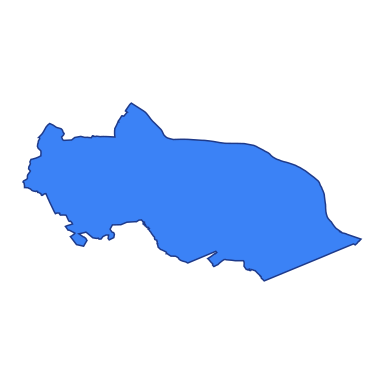 Ābeļu pag., Jekabpils, Latvia
{"feature_id": "27541924B70311937188190", "entity_name": "Ābeļu pag.", "entity_type": "district", "adm_level": 2, "iso_a3": "LVA", "parent_name": "Latvia", "parent_adm1": "Jekabpils", "projection": "natural_earth1", "projection_center": [25.924, 56.435], "detail": "fine", "context": "isolated", "style": "filled", "palette": "blue", "viewbox_px": 384, "rotation_deg": 0, "n_neighbors": 0, "source": "geoboundaries", "source_scale": "gbopen_adm2", "svg_char_len": 5678}
<svg xmlns="http://www.w3.org/2000/svg" viewBox="0 0 384 384"><path d="M143.5,110.9L131.3,103.1L129.8,104.5L127.7,107.5L126.1,109.8L126.3,109.8L125.5,111.0L127.3,112.2L127.1,112.3L123.8,116.2L122.7,115.9L122.7,116.0L121.7,115.9L119.6,119.3L118.5,120.7L118.4,120.9L118.5,120.9L118.3,121.7L118.4,121.8L118.1,121.8L116.4,125.5L114.8,128.6L114.8,129.9L114.6,130.6L114.6,134.3L114.9,137.0L107.5,136.6L103.2,136.5L100.7,136.6L100.4,136.7L96.8,136.2L96.3,136.2L96.2,136.4L95.2,136.5L93.3,136.4L93.4,135.9L92.5,135.8L91.3,137.7L88.8,137.5L87.5,137.3L84.8,137.4L80.8,136.4L74.7,137.5L71.6,140.0L63.7,140.4L62.6,139.6L61.6,137.0L63.4,135.2L64.1,133.9L64.1,133.3L63.6,133.1L63.4,132.8L62.8,131.4L62.5,130.3L61.6,129.2L61.0,128.7L56.5,127.4L56.0,127.1L53.1,125.1L49.7,123.5L48.8,124.2L47.8,125.0L46.1,127.0L43.6,131.5L42.6,133.1L41.6,134.4L40.6,135.4L38.7,137.4L39.4,137.4L39.7,138.8L38.4,140.9L38.0,143.6L37.7,143.9L37.7,144.0L37.6,145.0L37.4,146.3L38.2,148.3L40.3,150.3L40.9,151.0L41.0,153.4L40.8,155.5L40.9,155.8L38.2,157.2L35.6,158.2L32.5,159.1L31.0,159.4L29.9,161.9L30.4,163.7L30.1,164.5L28.8,166.9L28.6,168.9L30.4,171.0L30.0,171.7L29.2,172.8L27.8,174.7L27.4,175.9L27.4,178.4L26.6,179.3L23.5,181.0L23.0,182.0L24.2,183.2L24.2,183.7L24.3,184.8L24.5,185.6L24.6,185.9L24.4,187.0L24.9,187.4L24.8,187.6L25.4,187.6L28.1,187.8L29.2,188.5L30.4,188.9L31.9,190.4L33.3,191.0L35.0,191.3L35.6,191.5L36.3,191.1L37.5,191.4L37.6,192.4L38.5,192.4L40.6,193.5L40.8,193.6L41.3,195.0L41.5,195.2L41.8,195.4L42.0,195.4L42.5,195.2L42.8,195.0L43.0,194.9L43.1,194.6L43.7,194.4L44.4,193.8L45.0,193.7L45.5,193.9L45.9,193.6L46.0,193.7L47.9,198.3L48.8,200.1L49.5,201.8L52.1,207.2L53.9,211.0L54.2,211.6L55.4,213.7L57.0,213.0L59.2,213.1L59.8,213.3L59.8,213.6L59.8,213.9L59.6,214.1L59.9,214.6L60.1,214.8L60.5,215.1L63.1,215.0L65.5,215.1L66.0,215.2L66.2,215.4L66.6,216.2L66.9,216.9L68.7,220.8L69.1,221.2L69.5,221.4L70.0,221.4L70.6,221.2L71.9,222.7L72.5,224.0L69.4,225.0L67.7,225.5L65.4,226.4L66.0,227.2L68.1,230.2L68.7,230.1L69.5,230.3L74.9,233.1L74.8,233.5L74.2,234.0L71.6,236.0L70.4,236.6L71.1,237.5L76.5,244.6L83.6,246.2L87.0,240.4L86.4,239.6L86.2,239.1L85.8,238.4L84.0,237.0L83.3,236.9L80.5,234.9L78.9,233.8L79.4,233.7L84.8,232.5L85.9,232.1L87.2,233.1L92.8,237.8L96.5,238.4L98.4,238.2L99.0,239.1L101.1,239.0L102.9,236.6L106.1,235.0L108.6,235.1L108.1,238.5L109.2,239.9L113.8,237.6L114.4,234.3L113.6,232.6L112.4,232.3L111.8,231.8L110.2,229.5L110.1,229.1L112.4,224.9L120.9,224.7L126.9,222.2L134.9,221.7L136.5,221.7L139.0,220.1L141.1,220.0L141.5,219.9L142.1,220.7L142.8,221.4L142.8,221.5L143.7,221.9L143.5,222.0L143.3,222.1L143.2,222.2L143.3,222.3L144.0,222.4L144.1,222.5L143.7,222.6L143.7,222.8L143.2,223.3L143.1,223.6L143.1,223.8L143.1,224.0L143.4,224.1L143.5,224.0L143.4,223.8L143.5,223.7L144.2,223.7L144.7,223.8L145.1,224.3L144.9,224.5L144.4,224.6L144.2,224.9L144.3,225.0L144.6,225.1L144.9,225.0L145.4,225.1L145.4,225.3L145.6,225.6L145.8,225.7L145.8,225.8L145.8,226.0L145.6,226.1L146.1,226.4L146.2,226.8L146.9,227.4L147.1,227.5L147.3,227.4L147.6,227.2L148.0,227.3L147.8,227.5L148.0,227.7L148.4,227.6L148.8,228.1L148.9,228.3L149.2,228.5L148.6,228.9L148.2,229.1L148.9,229.6L149.6,230.8L150.9,232.3L151.5,233.5L152.6,234.9L153.3,236.0L154.5,237.1L154.5,237.9L154.5,238.4L154.8,239.0L154.8,239.4L155.3,239.7L156.4,240.1L156.8,240.2L156.9,240.6L156.9,241.3L157.2,241.5L157.2,243.0L157.1,243.6L157.7,243.8L157.5,244.6L157.9,245.7L158.1,247.1L160.5,249.4L162.1,250.0L165.4,251.6L166.4,252.3L166.2,253.7L167.3,253.6L168.1,254.4L168.5,254.6L170.9,256.1L175.2,256.2L176.0,256.4L178.3,257.8L178.5,258.3L179.2,259.3L180.6,260.3L183.0,261.2L185.4,261.8L185.7,261.9L187.7,263.0L187.8,263.0L215.8,251.3L216.8,252.5L215.0,253.9L214.7,253.7L211.0,256.5L207.7,258.6L208.4,259.1L210.9,262.1L212.8,264.0L212.5,264.9L213.7,266.5L214.7,266.3L215.2,265.8L217.9,264.6L219.4,263.1L221.6,261.3L224.0,259.6L225.3,259.5L226.4,259.8L231.4,260.2L235.2,260.7L243.3,260.7L243.8,261.2L244.2,262.9L244.0,266.2L246.3,269.5L247.1,269.4L247.6,269.6L247.8,270.0L248.5,270.0L248.6,269.7L248.8,269.4L248.9,269.2L249.1,269.0L249.5,269.0L249.3,269.6L249.2,269.9L249.3,270.2L249.5,270.4L250.3,270.6L250.8,270.5L251.1,269.7L251.3,269.6L251.6,269.5L251.9,269.6L253.3,270.1L254.5,270.6L255.1,270.6L257.5,273.1L259.9,275.4L259.8,275.6L259.9,275.8L260.3,276.1L260.6,276.1L261.1,276.7L261.0,277.0L261.5,278.5L262.3,278.9L264.2,280.9L321.8,257.1L329.9,253.7L330.5,253.4L331.5,253.0L353.5,243.9L355.2,244.9L357.1,243.2L358.5,241.4L358.7,241.5L359.0,241.3L361.0,239.1L347.0,234.3L346.3,233.9L344.7,233.4L342.3,232.9L341.1,232.3L340.7,232.0L340.2,231.8L340.4,231.7L340.7,231.6L336.4,228.6L335.6,227.9L334.2,226.2L332.4,223.7L331.3,221.9L330.3,221.0L328.2,218.6L327.7,217.7L327.2,216.8L326.4,214.2L325.9,211.8L325.8,210.8L325.7,209.2L325.6,208.0L325.6,206.4L325.5,204.3L325.2,202.8L324.8,199.6L324.4,196.4L324.3,195.0L324.1,194.0L323.8,193.0L323.0,190.9L322.1,189.0L321.6,187.5L320.4,185.5L320.0,184.5L319.3,182.6L318.2,181.0L314.0,177.4L309.3,173.9L307.8,172.7L305.3,170.8L303.4,169.7L300.0,167.6L298.0,166.7L295.6,165.4L292.6,164.3L288.4,162.9L286.7,162.4L285.6,162.1L284.2,161.8L281.2,160.9L279.1,160.0L276.9,159.3L275.0,158.3L272.8,157.0L271.1,155.6L269.6,153.9L268.0,152.7L264.8,151.1L263.2,150.1L257.9,147.4L256.4,146.5L253.8,145.4L244.3,143.6L236.3,143.4L231.9,143.4L225.1,143.3L219.7,142.6L213.6,141.5L209.9,141.0L204.7,140.4L201.7,140.3L188.3,139.4L184.8,139.3L180.4,139.3L173.2,139.5L170.4,138.8L167.6,138.0L166.5,137.4L165.5,136.6L164.5,135.6L163.8,134.8L163.3,133.8L162.8,132.7L162.1,131.2L161.5,130.2L160.8,129.3L154.7,123.2L152.5,121.1L150.8,119.1L148.6,116.1L146.7,113.7L145.4,112.3L143.5,110.9Z" fill="#3b82f6" stroke="#1e3a8a" stroke-width="1.5"/></svg>